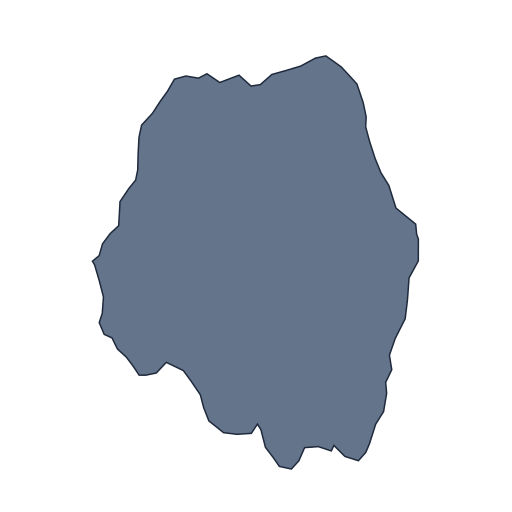 the district of Asgata, Limassol, Cyprus, rotated 7°
{"feature_id": "46923920B23030573585973", "entity_name": "Asgata", "entity_type": "district", "adm_level": 2, "iso_a3": "CYP", "parent_name": "Cyprus", "parent_adm1": "Limassol", "projection": "natural_earth1", "projection_center": [33.25, 34.775], "detail": "fine", "context": "isolated", "style": "filled", "palette": "slate", "viewbox_px": 512, "rotation_deg": 7, "n_neighbors": 0, "source": "geoboundaries", "source_scale": "gbopen_adm2", "svg_char_len": 1288}
<svg xmlns="http://www.w3.org/2000/svg" viewBox="0 0 512 512"><g transform="rotate(7 256 256)"><path d="M94.3,281.1L96.9,284.5L103.3,299.3L109.6,315.3L110.4,331.7L108.5,341.2L114.9,352.3L123.1,354.9L129.8,365.2L139.5,372.1L145.9,378.6L151.2,384.6L154.5,388.5L161.2,387.7L171.3,384.3L179.9,372.5L197.9,378.6L206.8,388.1L217.7,400.6L222.5,412.8L229.3,425.4L245.3,435.3L258.8,435.3L273.0,432.6L277.9,422.7L282.0,427.7L288.7,444.8L298.1,454.4L304.8,462.0L317.1,463.1L323.5,454.0L327.6,440.3L341.1,437.6L354.5,440.3L356.4,434.5L368.7,444.1L382.6,446.7L384.1,444.5L388.9,437.6L391.5,428.5L395.3,408.3L401.6,394.9L402.4,376.3L400.1,365.6L404.6,352.3L400.5,338.2L404.2,321.0L411.7,300.1L411.7,281.8L410.6,259.0L417.7,241.1L415.1,219.4L412.8,214.8L410.6,204.9L389.1,191.4L379.2,169.7L369.9,158.2L362.3,144.6L354.8,128.5L349.1,114.4L348.4,104.6L344.8,93.9L343.6,90.5L335.2,73.0L330.4,68.8L317.5,57.9L301.0,48.9L290.9,52.3L277.1,62.1L262.5,68.5L249.6,73.9L239.4,85.4L230.3,87.9L217.1,78.6L198.9,88.2L185.1,81.1L177.2,86.5L164.5,85.9L153.5,90.4L148.2,103.0L141.9,114.5L135.9,126.9L126.5,140.0L125.4,152.4L126.5,168.4L128.1,184.9L127.3,195.3L121.5,204.6L114.4,218.6L115.2,230.1L116.0,242.7L108.6,251.4L102.2,262.6L100.3,274.7L94.3,281.1Z" fill="#64748b" stroke="#1e293b" stroke-width="1.5"/></g></svg>